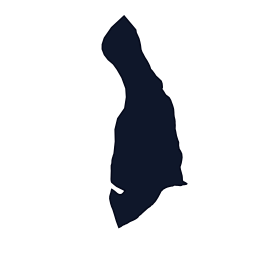 the district of Massacre, Anse-la-Raye, Saint Lucia, rotated 224°
{"feature_id": "8701671B60259256363554", "entity_name": "Massacre", "entity_type": "district", "adm_level": 2, "iso_a3": "LCA", "parent_name": "Saint Lucia", "parent_adm1": "Anse-la-Raye", "projection": "albers", "projection_center": [-61.037, 13.949], "detail": "fine", "context": "isolated", "style": "filled", "palette": "ink", "viewbox_px": 256, "rotation_deg": 224, "n_neighbors": 0, "source": "geoboundaries", "source_scale": "gbopen_adm2", "svg_char_len": 2726}
<svg xmlns="http://www.w3.org/2000/svg" viewBox="0 0 256 256"><g transform="rotate(224 128 128)"><path d="M208.6,205.8L209.5,188.8L209.1,186.5L207.6,177.1L207.4,176.2L204.5,170.3L201.3,166.9L195.9,164.4L189.8,163.5L183.2,163.9L182.3,163.8L176.3,162.7L167.3,160.1L157.0,155.1L150.5,149.2L143.9,139.9L141.9,127.7L136.2,118.0L127.6,109.5L120.9,100.9L119.9,99.5L119.3,98.0L119.0,97.5L117.6,94.8L116.7,93.5L115.6,92.3L114.6,91.0L113.9,89.5L111.9,87.4L110.2,85.8L108.4,83.8L106.3,81.5L104.5,79.5L103.8,78.9L102.9,78.2L101.9,77.7L100.9,77.8L99.1,77.9L96.9,78.1L95.4,78.3L93.9,78.8L91.9,79.4L89.1,80.3L86.7,80.9L86.3,79.9L86.1,77.7L86.2,76.8L86.3,75.8L87.2,74.6L87.5,74.4L88.2,73.8L89.5,73.4L90.4,73.2L92.6,73.1L93.9,73.0L94.8,72.9L95.9,72.7L96.7,72.6L97.0,72.5L96.5,71.6L96.0,70.8L95.5,70.1L94.8,68.7L93.8,66.8L93.5,66.3L92.5,65.2L92.0,64.6L90.6,63.6L87.6,61.6L86.2,60.9L85.2,60.3L83.7,59.7L81.9,58.9L80.1,57.9L77.0,56.2L74.2,54.6L72.6,53.7L71.9,53.3L70.9,52.8L65.5,50.2L64.7,52.5L64.7,53.1L64.3,54.9L63.8,55.7L63.2,57.7L62.9,58.0L62.8,58.4L62.6,58.8L61.8,62.1L60.4,65.4L59.6,67.8L59.2,69.8L59.1,70.6L59.3,71.6L59.4,72.8L59.0,74.7L59.0,76.2L58.9,77.6L58.5,83.5L58.3,84.8L57.8,86.8L57.8,87.6L57.9,88.0L57.8,88.9L57.5,89.8L57.5,91.0L57.6,91.4L57.6,93.3L57.7,94.5L57.9,95.6L58.6,98.9L59.0,100.3L59.7,102.8L60.1,104.2L60.5,105.0L60.4,107.0L60.4,109.0L60.1,109.4L59.6,111.2L58.8,113.0L58.2,114.0L57.2,115.6L56.2,117.0L55.8,117.3L55.1,119.3L54.7,119.6L54.4,119.8L53.9,120.3L53.4,120.6L52.7,121.3L52.0,121.9L51.1,122.5L50.2,123.3L49.7,124.2L49.6,124.9L49.4,125.2L47.9,126.9L47.6,127.4L47.2,127.9L46.8,128.7L46.5,128.9L47.6,128.6L47.8,128.6L49.9,128.1L51.0,127.6L52.4,127.9L53.5,128.8L54.4,129.7L55.9,131.0L58.7,132.7L59.0,132.9L61.6,134.4L63.7,136.0L64.1,136.8L64.3,137.3L65.5,139.6L67.1,142.0L68.8,144.3L71.5,146.6L74.0,147.6L76.7,148.3L79.6,150.4L81.7,152.7L82.2,153.0L84.0,153.8L85.6,154.7L87.8,155.9L90.3,157.7L91.7,158.7L93.6,159.9L95.2,161.7L96.0,162.6L96.2,162.8L97.8,164.2L98.6,165.1L100.3,166.5L102.5,167.9L104.6,169.6L105.7,170.7L106.7,171.6L108.4,173.1L110.0,174.1L112.0,175.2L113.9,176.1L116.5,177.4L116.8,177.5L117.1,177.6L119.5,178.3L120.5,178.2L121.7,178.1L123.2,177.8L124.8,178.0L126.3,178.4L126.9,178.6L129.6,179.2L130.9,179.2L131.2,180.2L131.5,180.9L132.1,181.5L134.4,183.5L135.2,183.9L136.7,184.7L139.9,184.7L140.8,184.7L144.0,184.6L147.2,185.3L148.5,185.5L150.1,185.8L152.6,185.9L153.9,186.6L155.7,187.5L157.5,188.2L158.1,188.4L158.7,188.6L161.3,189.4L162.2,189.6L165.1,190.3L167.5,191.1L168.3,191.4L168.7,191.5L170.7,192.1L171.1,192.3L173.3,193.4L176.5,196.0L179.1,197.8L181.5,199.3L182.0,199.6L182.6,199.9L188.4,202.2L190.6,203.9L191.3,204.0L208.6,205.8Z" fill="#0f172a" stroke="#020617" stroke-width="1.5"/></g></svg>